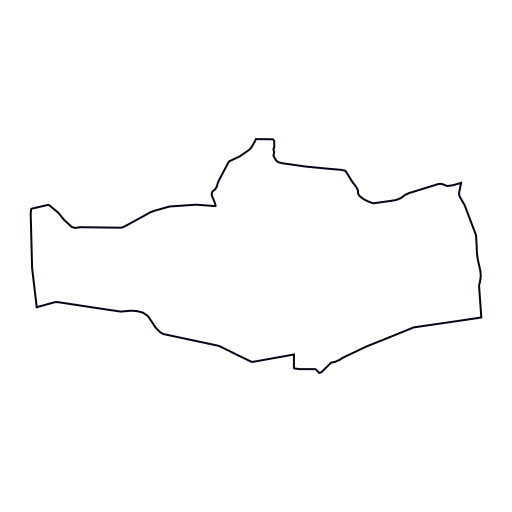 Ömnögovi, Robinson projection
{"feature_id": "MNG-3298", "entity_name": "Ömnögovi", "entity_type": "Province", "adm_level": 1, "iso_a3": "MNG", "parent_name": "Mongolia", "parent_adm1": "", "projection": "robinson", "projection_center": [104.196, 43.387], "detail": "fine", "context": "isolated", "style": "outline", "palette": "ink", "viewbox_px": 512, "rotation_deg": 0, "n_neighbors": 0, "source": "natural_earth", "source_scale": "10m", "svg_char_len": 2028}
<svg xmlns="http://www.w3.org/2000/svg" viewBox="0 0 512 512"><path d="M120.8,311.6L99.8,308.5L78.7,305.3L57.6,302.1L55.2,302.1L36.7,307.2L32.1,268.0L30.7,214.1L31.0,210.0L31.2,209.2L31.7,208.7L47.5,205.0L48.2,204.9L48.9,205.1L49.6,205.5L58.4,212.8L64.1,219.9L71.7,226.9L75.2,228.0L80.0,227.2L120.3,227.7L121.5,227.6L124.1,226.7L150.2,212.4L154.3,210.8L169.6,206.5L195.9,204.7L215.4,206.1L215.5,205.0L215.0,203.3L211.8,195.3L211.8,193.2L212.5,191.4L215.1,189.4L215.8,188.3L216.8,186.5L217.7,183.3L218.5,181.2L227.6,163.9L229.1,161.4L239.9,156.3L248.7,150.2L250.3,148.8L251.4,147.4L255.0,141.2L255.5,140.1L255.8,139.1L272.9,139.3L274.0,140.7L274.3,141.2L274.3,141.4L274.3,141.8L274.2,143.0L274.2,143.8L274.3,146.3L274.3,146.7L274.3,147.1L274.2,147.4L273.7,148.4L273.6,148.7L273.5,149.1L273.5,149.5L273.6,149.9L273.7,150.6L274.0,151.2L274.1,151.7L274.1,152.5L273.8,154.0L273.6,154.7L273.5,155.2L273.5,155.9L275.7,159.8L276.9,161.2L278.2,162.2L282.1,163.2L305.2,166.5L326.7,168.6L341.5,169.9L344.7,170.6L345.7,171.2L352.4,182.0L355.8,186.3L357.3,189.0L358.0,190.6L358.0,191.8L358.0,193.2L358.8,194.9L359.7,196.2L363.9,199.3L368.0,201.4L372.0,202.9L373.6,203.3L389.9,201.0L394.5,200.3L396.9,199.7L400.8,198.1L405.3,194.8L409.0,193.1L438.8,183.9L440.3,183.9L442.7,184.2L446.5,185.8L447.5,186.0L452.7,185.3L461.1,182.9L459.2,192.2L459.1,194.2L459.3,195.3L459.8,196.8L464.6,205.1L476.0,235.1L476.6,244.9L476.9,252.7L477.6,258.6L480.4,271.1L480.6,273.6L480.7,276.1L480.4,279.1L479.9,282.1L479.2,284.9L479.1,286.4L481.3,317.5L458.8,320.8L436.3,324.1L413.7,327.4L390.1,337.0L366.4,346.5L345.6,356.4L341.8,358.3L339.5,360.0L338.7,360.3L337.7,360.6L335.0,361.9L332.1,362.4L331.1,362.7L321.3,372.3L319.1,372.9L317.1,370.6L315.9,369.5L314.8,369.1L299.4,369.1L294.3,368.4L293.9,367.8L294.0,354.5L273.4,358.2L252.7,361.9L251.2,361.7L235.6,354.1L220.2,346.5L218.5,345.8L200.2,341.9L181.9,338.0L163.6,334.1L160.5,332.5L155.9,328.0L148.0,316.1L142.9,312.6L137.0,311.1L131.0,310.7L120.8,311.6Z" fill="none" stroke="#020617" stroke-width="2"/></svg>